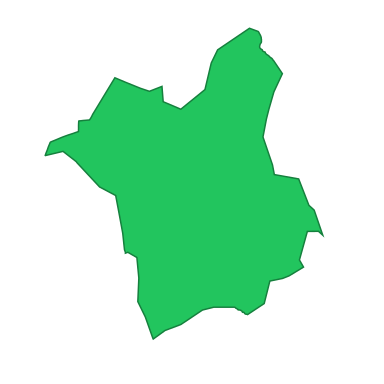 Tolbo, Bayan-Ölgiy, Mongolia, rotated 70°
{"feature_id": "93677404B88503243621788", "entity_name": "Tolbo", "entity_type": "district", "adm_level": 2, "iso_a3": "MNG", "parent_name": "Mongolia", "parent_adm1": "Bayan-Ölgiy", "projection": "albers", "projection_center": [90.293, 48.38], "detail": "fine", "context": "isolated", "style": "filled", "palette": "green", "viewbox_px": 384, "rotation_deg": 70, "n_neighbors": 0, "source": "geoboundaries", "source_scale": "gbopen_adm2", "svg_char_len": 2158}
<svg xmlns="http://www.w3.org/2000/svg" viewBox="0 0 384 384"><g transform="rotate(70 192 192)"><path d="M107.4,317.4L107.6,317.3L109.7,299.3L123.9,290.4L125.3,290.0L155.7,277.1L169.2,264.9L186.9,267.8L207.1,271.2L223.2,275.2L225.9,275.2L226.7,275.5L226.7,272.9L234.7,266.2L254.7,271.4L276.5,280.4L293.5,278.6L315.8,278.8L316.9,278.7L312.9,264.7L312.7,247.8L306.5,222.5L307.7,210.9L314.9,191.2L315.6,190.8L316.1,190.6L316.5,190.2L316.9,189.8L317.2,189.6L317.8,189.3L318.1,189.2L318.3,189.1L318.3,188.7L318.7,188.6L318.9,188.4L319.1,187.7L319.4,187.3L319.7,186.9L319.8,186.6L320.1,186.5L320.5,186.3L320.7,186.1L321.0,185.8L321.4,185.7L321.8,185.8L322.1,185.7L322.4,185.5L322.5,185.2L322.5,184.8L322.6,184.7L322.8,184.4L323.1,184.2L323.6,184.2L324.1,184.1L324.4,183.9L324.8,183.7L325.2,183.2L325.5,182.6L325.7,182.2L326.2,181.7L321.5,162.3L302.3,149.3L304.2,136.5L304.0,129.5L300.7,112.9L292.6,114.3L268.5,97.1L272.2,86.6L277.3,83.9L250.8,83.4L244.5,86.7L216.2,87.3L203.8,108.7L194.1,107.1L164.6,106.5L149.0,97.2L140.6,91.5L125.9,80.8L111.7,66.6L96.4,70.4L96.1,70.6L95.7,70.8L95.1,70.8L94.6,71.0L93.9,71.2L93.0,71.8L92.1,72.5L91.0,73.0L90.4,73.2L89.8,73.6L89.0,74.2L88.3,74.8L87.2,75.3L86.5,75.5L86.2,75.5L85.8,75.4L85.7,75.4L85.5,75.5L84.8,76.4L83.8,77.3L83.6,77.4L83.0,77.4L82.3,77.4L81.7,77.9L81.3,78.3L80.6,78.6L79.9,78.9L79.4,79.0L78.6,78.8L78.1,78.5L76.9,77.8L76.2,77.2L75.7,76.4L75.5,76.2L75.2,75.8L74.7,75.4L73.8,75.1L72.5,74.6L71.3,74.4L70.3,74.1L69.5,74.1L68.4,74.1L64.3,74.7L63.7,75.0L57.8,82.0L67.2,119.3L77.4,129.8L100.2,144.8L110.4,174.2L97.3,188.2L82.5,184.1L82.8,197.6L76.9,205.0L65.9,217.2L59.5,224.1L59.1,224.5L58.5,225.2L58.3,225.4L76.2,247.7L84.0,257.4L85.0,258.7L85.5,259.2L86.3,260.0L87.1,260.9L87.8,261.7L89.2,263.6L89.0,264.6L88.3,267.2L87.6,269.7L87.1,271.9L86.7,273.3L86.6,274.1L87.6,274.6L89.5,275.4L91.3,276.1L93.3,276.8L94.8,277.4L95.8,277.8L96.4,278.0L96.3,280.5L96.3,283.6L96.2,286.4L96.1,289.0L96.1,291.6L96.1,294.6L96.2,297.1L96.3,299.1L96.4,301.1L96.5,303.1L96.6,306.0L96.7,307.9L97.0,308.4L98.8,310.0L100.4,311.5L103.0,313.6L105.1,315.5L106.3,316.5L107.4,317.4Z" fill="#22c55e" stroke="#15803d" stroke-width="1.5"/></g></svg>